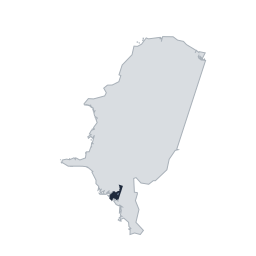 where Maryland sits in United States of America, rotated 108°
{"feature_id": "USA-3557", "entity_name": "Maryland", "entity_type": "State", "adm_level": 1, "iso_a3": "USA", "parent_name": "United States of America", "parent_adm1": "", "projection": "natural_earth1", "projection_center": [-76.6, 38.826], "detail": "fine", "context": "in_parent", "style": "filled", "palette": "slate", "viewbox_px": 256, "rotation_deg": 108, "n_neighbors": 0, "source": "natural_earth", "source_scale": "10m", "svg_char_len": 7626}
<svg xmlns="http://www.w3.org/2000/svg" viewBox="0 0 256 256"><g transform="rotate(108 128 128)"><path d="M202.1,92.4L215.3,91.3L220.6,81.7L225.5,83.4L225.8,89.3L228.7,93.2L223.7,94.6L223.5,95.7L222.6,94.3L221.4,96.7L217.5,98.3L215.0,104.2L217.2,106.7L218.7,106.4L218.3,105.3L218.7,105.8L218.9,107.0L214.6,107.9L213.8,106.5L213.4,108.3L208.5,108.8L204.8,111.1L205.1,109.8L204.8,108.9L203.8,112.1L204.8,112.7L204.5,115.4L202.0,118.9L199.4,116.7L200.9,114.5L199.1,116.0L199.8,118.5L200.9,119.8L201.1,121.4L197.9,127.1L198.9,123.5L196.5,120.1L198.1,116.6L195.7,117.7L196.5,122.9L194.1,121.3L193.3,121.5L194.1,119.8L194.0,119.4L193.2,120.6L193.2,121.7L196.8,123.8L195.9,124.7L194.4,122.9L193.7,122.6L195.7,124.8L196.6,125.2L196.1,126.5L195.0,125.5L196.7,127.5L196.3,127.8L195.5,126.8L193.2,126.3L196.0,128.2L197.7,128.1L199.4,133.0L197.9,129.2L198.4,131.7L195.1,131.2L197.4,133.6L198.6,132.9L197.1,135.1L194.0,134.3L195.9,135.4L194.2,136.5L196.1,137.3L192.6,137.8L190.8,141.3L187.5,142.3L181.1,148.7L180.3,148.0L177.8,153.9L177.6,155.3L178.5,159.8L182.8,173.1L181.1,180.2L178.8,180.6L176.6,176.8L176.2,173.7L173.0,170.1L174.2,168.4L172.5,168.5L173.3,163.9L169.6,159.2L163.6,160.3L162.6,157.6L156.8,157.4L157.5,156.4L156.5,157.4L153.8,157.9L153.8,155.8L153.4,157.3L145.3,157.7L148.7,158.7L147.4,160.6L150.0,162.5L148.6,163.5L145.8,161.0L145.6,162.9L141.6,162.1L139.5,159.6L138.1,160.9L132.4,159.0L128.9,161.7L129.8,160.9L128.0,160.2L126.9,163.5L123.3,165.6L124.2,165.0L121.9,164.7L122.6,165.8L119.8,167.2L118.6,170.8L117.4,170.2L118.4,171.2L118.5,174.6L119.5,176.6L118.6,177.3L112.3,174.8L111.0,169.8L104.7,160.1L101.2,159.5L97.6,163.4L93.6,160.8L92.0,156.3L86.8,151.0L80.4,151.0L80.2,153.0L69.9,153.0L57.1,146.8L48.3,147.6L47.4,144.2L44.1,141.0L36.7,138.5L36.9,136.1L31.8,125.3L32.2,124.2L33.3,125.6L32.8,123.3L35.6,123.0L30.4,123.3L27.3,113.3L29.1,108.0L28.5,102.0L30.6,98.2L33.2,87.1L35.8,87.4L33.0,86.9L34.4,83.9L33.4,83.9L32.7,77.8L39.0,78.8L37.2,82.1L39.7,79.8L39.0,82.5L37.3,83.1L38.4,83.3L39.8,82.1L40.7,79.4L39.8,75.1L133.0,75.1L133.1,73.5L134.7,76.2L145.0,79.2L155.7,78.1L169.7,85.7L170.3,87.7L175.1,90.9L176.3,98.7L172.7,105.0L174.2,107.0L187.1,102.1L186.6,99.2L187.8,98.7L194.8,98.5L202.1,92.4ZM209.9,110.1L212.1,109.8L204.6,111.6L210.8,109.3L209.9,110.1ZM39.8,77.8L40.3,79.5L40.2,79.7L39.2,78.4L39.8,77.8ZM119.4,176.0L118.7,173.1L118.8,171.4L118.8,173.2L119.4,176.0ZM224.3,94.8L224.2,95.7L223.9,95.5L224.3,94.8ZM139.5,160.5L139.7,161.2L139.1,160.6L139.5,160.5ZM39.3,141.2L40.2,140.8L40.3,141.0L39.3,141.2ZM38.4,141.0L38.0,141.4L37.8,141.0L38.4,141.0ZM216.5,108.0L216.0,108.6L215.8,108.4L216.5,108.0ZM119.4,169.9L118.8,171.2L120.1,168.6L119.4,169.9ZM181.6,168.7L182.4,171.4L181.4,168.5L181.6,168.7ZM43.6,143.4L43.9,144.1L43.5,143.5L43.6,143.4ZM181.5,180.6L180.8,181.4L182.0,179.7L181.5,180.6ZM199.6,134.6L198.8,135.6L199.5,133.2L199.6,134.6ZM39.1,76.3L39.1,76.8L38.7,76.6L39.1,76.3ZM122.6,166.3L121.3,166.9L122.7,166.1L122.6,166.3ZM218.6,108.3L218.5,108.9L217.9,108.8L218.6,108.3ZM43.4,145.4L43.6,146.3L43.2,145.5L43.4,145.4ZM121.0,167.4L120.5,167.8L120.9,167.2L121.0,167.4ZM200.8,122.5L199.9,123.9L200.9,122.0L200.8,122.5ZM128.5,162.2L127.7,162.8L128.9,161.9L128.5,162.2ZM178.0,154.6L177.8,155.7L177.7,154.9L178.0,154.6ZM196.4,137.5L196.2,137.7L197.0,136.9L196.4,137.5ZM165.7,160.1L164.7,160.7L164.3,160.5L165.7,160.1ZM153.4,157.7L153.2,157.9L152.7,157.8L153.4,157.7ZM175.1,173.8L175.3,174.5L175.0,173.6L175.1,173.8ZM150.8,159.2L150.6,159.9L150.6,158.7L150.8,159.2ZM179.2,182.4L178.7,182.5L179.5,182.3L179.2,182.4ZM204.3,115.8L203.9,116.5L204.4,115.6L204.3,115.8ZM198.2,135.9L197.9,136.1L198.2,135.9Z" fill="#d9dde1" stroke="#a8b0b8" stroke-width="1"/><path d="M199.0,123.4L198.5,123.4L198.2,123.6L198.2,123.3L198.2,123.2L198.4,123.1L198.6,122.8L198.4,122.9L198.2,122.9L198.3,122.8L198.3,122.7L198.5,122.7L198.4,122.6L198.1,122.6L197.9,122.7L198.0,122.4L198.3,122.3L198.1,122.2L198.1,121.9L198.2,121.6L198.3,121.5L198.2,121.5L197.9,121.9L197.8,122.2L197.7,121.9L197.8,121.8L197.9,121.7L197.7,121.7L197.6,121.9L197.6,122.0L197.6,122.3L197.4,122.0L197.2,121.9L196.9,121.6L197.0,121.8L196.9,121.9L196.7,121.4L196.6,121.2L196.8,121.2L197.0,120.9L197.1,120.7L196.9,120.7L196.9,120.8L196.7,120.8L196.8,120.6L196.7,120.5L196.9,120.6L197.1,120.5L197.3,120.7L197.5,120.8L197.8,120.6L197.9,120.4L197.7,120.6L197.3,120.5L197.4,120.4L197.2,120.4L197.3,120.3L197.1,120.3L197.1,120.2L197.0,120.3L196.9,120.1L197.0,120.0L196.9,119.9L196.8,120.0L196.7,120.1L196.7,119.9L196.6,120.0L196.5,120.3L196.5,120.1L196.6,119.6L196.8,119.5L196.9,119.8L197.1,119.9L197.3,119.7L197.2,119.8L197.0,119.7L197.3,119.4L197.1,119.3L197.2,119.2L197.1,119.3L197.0,119.1L196.9,119.1L196.7,119.2L196.5,119.5L196.4,119.6L196.4,119.1L196.6,118.7L196.7,118.9L196.9,119.0L197.0,119.0L197.2,118.8L197.2,118.7L197.5,118.2L197.2,118.3L197.2,118.2L197.1,118.3L196.9,118.6L197.0,118.8L196.9,118.8L196.8,118.7L196.9,118.4L196.7,118.2L196.9,117.7L197.0,117.6L197.2,117.4L197.3,117.2L197.6,117.3L198.2,117.3L198.3,117.2L198.2,117.2L197.7,117.2L197.8,116.9L198.3,116.8L198.1,116.7L198.3,116.3L198.2,116.3L198.0,116.6L197.7,116.9L197.7,116.7L197.8,116.4L197.9,116.2L197.8,116.4L197.7,116.4L197.4,116.4L197.3,116.7L197.5,116.8L197.4,116.8L197.3,117.0L196.9,117.2L196.9,116.8L196.7,117.2L196.8,117.3L196.7,117.5L196.7,117.3L196.6,117.1L196.3,117.1L196.5,117.2L196.5,117.3L196.4,117.4L196.4,117.5L196.2,117.4L196.2,117.5L196.3,117.7L196.1,117.5L196.2,117.8L196.3,117.8L196.1,118.0L196.1,117.9L195.9,117.9L195.7,117.7L195.7,117.8L195.8,117.9L195.9,118.1L196.0,118.1L196.2,118.3L196.2,118.5L195.9,118.5L196.2,118.7L196.3,118.8L196.1,118.8L195.9,118.8L195.7,118.5L195.8,118.7L196.0,118.9L196.0,119.1L196.1,119.3L195.9,119.2L195.7,119.0L195.8,119.1L195.9,119.3L195.8,119.5L195.8,119.8L195.7,119.9L195.8,120.1L195.8,120.3L195.9,120.5L195.9,121.0L196.3,121.6L196.2,121.9L196.0,121.7L195.8,121.5L195.4,121.2L195.3,120.3L195.3,121.1L195.4,121.3L195.5,121.4L195.6,121.5L195.9,121.7L195.9,121.8L196.1,122.0L196.3,121.9L196.4,122.0L196.3,122.3L196.6,122.7L196.5,122.8L196.5,123.1L196.4,123.0L196.3,122.8L196.2,122.8L196.2,122.7L196.1,122.4L196.1,122.5L195.9,122.6L195.7,122.5L195.7,122.4L195.2,122.2L195.0,122.3L194.8,122.2L194.8,121.7L194.6,121.5L194.7,121.8L194.7,122.2L194.4,122.0L194.4,121.9L194.2,121.8L194.0,121.2L194.0,121.3L193.9,121.4L193.8,121.5L193.8,121.3L193.8,121.2L193.7,121.3L193.7,121.5L193.4,121.7L193.2,121.6L193.2,121.1L193.3,120.8L193.5,120.8L193.5,120.7L193.4,120.8L193.5,120.6L193.8,120.2L194.0,120.2L194.0,119.9L194.1,119.7L194.5,119.3L194.0,118.9L193.7,119.2L193.3,118.9L193.3,118.7L193.2,118.7L192.7,118.5L192.4,118.3L192.3,118.2L192.5,117.9L192.3,117.7L192.2,117.5L191.9,117.4L191.6,117.4L191.5,117.1L191.3,116.9L191.3,116.7L191.2,116.7L191.0,116.4L191.2,116.2L190.9,116.2L190.7,116.2L190.3,115.9L190.1,115.8L190.0,115.7L189.9,115.8L189.6,116.1L189.4,116.0L189.1,116.1L189.0,116.3L189.0,116.5L188.7,116.5L188.2,116.4L187.9,116.2L188.0,116.2L187.9,116.0L187.7,116.2L187.8,116.3L187.6,116.4L187.2,116.9L186.9,116.7L186.7,116.8L186.6,117.0L186.4,117.1L186.2,117.3L186.0,117.5L185.8,117.6L185.4,117.9L185.4,115.7L198.4,115.7L198.8,121.3L201.0,121.3L200.9,121.4L200.9,121.5L200.7,121.4L200.6,121.5L200.8,121.5L200.9,121.8L200.7,122.3L200.6,122.1L200.4,122.2L200.3,122.6L200.2,122.8L199.9,123.2L199.1,123.3L199.0,123.4ZM200.3,123.2L200.5,122.8L200.6,122.5L200.8,122.1L200.6,122.6L200.6,122.9L200.4,123.2L200.3,123.2ZM197.7,123.5L197.5,123.3L197.6,123.2L197.8,123.3L197.7,123.5ZM197.6,122.6L197.4,122.6L197.5,122.4L197.6,122.5L197.6,122.6ZM201.1,121.3L201.1,121.6L201.0,121.8L201.0,121.3L201.1,121.3Z" fill="#64748b" stroke="#1e293b" stroke-width="1.5"/></g></svg>